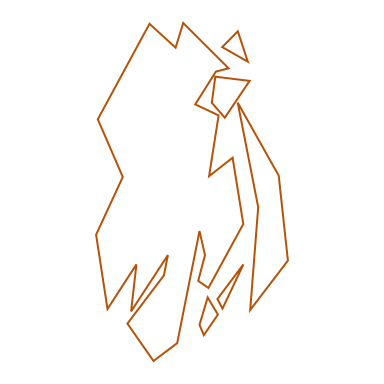 Barisal, Equal Earth projection
{"feature_id": "BGD-2475", "entity_name": "Barisal", "entity_type": "Division", "adm_level": 1, "iso_a3": "BGD", "parent_name": "Bangladesh", "parent_adm1": "", "projection": "equal_earth", "projection_center": [90.394, 22.436], "detail": "coarse", "context": "isolated", "style": "outline", "palette": "amber", "viewbox_px": 384, "rotation_deg": 0, "n_neighbors": 0, "source": "natural_earth", "source_scale": "10m", "svg_char_len": 717}
<svg xmlns="http://www.w3.org/2000/svg" viewBox="0 0 384 384"><path d="M183.2,23.0L228.6,68.3L215.9,71.6L195.2,104.4L218.6,115.4L209.1,176.1L232.6,157.7L243.3,224.0L208.4,288.0L198.2,280.9L205.0,255.1L199.5,231.1L177.2,343.1L153.5,361.0L127.4,323.6L163.9,275.4L167.9,255.1L131.1,311.4L136.4,264.4L107.5,309.0L96.1,234.7L122.8,177.0L97.8,119.3L149.5,23.8L175.6,47.7L183.2,23.0ZM278.7,175.6L287.9,260.6L250.2,310.0L258.2,207.2L237.7,102.6L278.7,175.6ZM249.6,80.9L224.8,117.7L211.8,102.8L215.3,76.7L249.6,80.9ZM237.8,31.3L247.8,61.7L222.2,47.1L237.8,31.3ZM222.5,308.6L217.4,299.0L243.4,264.4L222.5,308.6ZM207.7,297.4L217.9,314.6L203.8,335.1L199.5,324.8L207.7,297.4Z" fill="none" stroke="#b45309" stroke-width="2"/></svg>